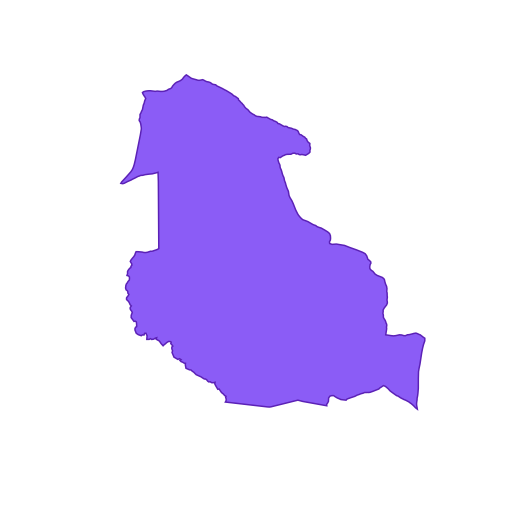 outline of Teso South, Western, Kenya, rotated 253°
{"feature_id": "3690345B15305563297607", "entity_name": "Teso South", "entity_type": "district", "adm_level": 2, "iso_a3": "KEN", "parent_name": "Kenya", "parent_adm1": "Western", "projection": "albers", "projection_center": [34.227, 0.538], "detail": "fine", "context": "isolated", "style": "filled", "palette": "violet", "viewbox_px": 512, "rotation_deg": 253, "n_neighbors": 0, "source": "geoboundaries", "source_scale": "gbopen_adm2", "svg_char_len": 6115}
<svg xmlns="http://www.w3.org/2000/svg" viewBox="0 0 512 512"><g transform="rotate(253 256 256)"><path d="M232.4,354.0L237.0,347.8L240.2,343.8L243.9,336.4L244.9,332.1L246.4,330.1L248.1,330.4L249.5,331.8L251.2,332.5L253.7,333.1L256.0,332.9L258.1,331.6L260.6,329.4L263.6,326.6L264.8,324.8L266.2,323.0L267.7,322.0L268.6,320.7L269.5,319.6L273.7,315.7L275.2,313.8L276.3,312.3L277.1,311.3L278.7,310.3L280.3,309.5L282.5,308.6L283.9,308.2L288.6,307.4L295.1,306.9L298.2,306.5L302.2,305.5L304.3,305.3L308.4,305.9L310.8,305.6L312.8,305.4L315.4,305.4L317.2,305.5L319.9,305.3L321.5,305.5L323.0,305.6L324.9,305.3L326.5,305.2L329.2,305.3L331.0,305.3L333.0,305.0L334.3,305.1L335.5,305.4L336.8,305.4L338.3,305.1L339.6,305.1L341.1,305.1L342.6,305.3L343.7,306.6L343.0,307.9L343.9,310.8L344.0,312.3L344.3,314.0L344.1,315.6L343.1,319.2L343.5,321.2L343.0,323.2L341.8,324.3L341.5,326.0L340.3,327.0L339.8,328.2L339.7,329.5L338.8,331.2L337.8,332.9L338.7,336.4L339.6,338.0L341.4,338.5L342.5,339.3L343.7,339.7L345.7,339.6L347.9,340.4L349.5,339.2L351.4,338.6L353.1,338.6L354.1,337.8L355.5,337.3L356.4,336.3L358.8,334.5L359.4,333.3L360.8,332.9L362.5,332.8L363.7,332.4L365.6,330.4L366.4,328.8L367.7,327.4L368.5,326.0L369.4,324.3L370.7,323.5L371.4,322.3L371.6,320.9L372.6,319.8L374.0,318.5L375.5,317.1L376.3,315.7L377.6,315.3L379.0,314.0L380.1,312.5L381.5,311.4L382.3,310.0L384.5,307.9L385.6,306.9L385.8,305.5L386.4,303.8L386.9,302.2L387.9,300.9L388.6,299.3L389.2,297.8L390.3,296.4L391.6,295.5L392.6,294.4L393.8,293.4L395.4,292.2L398.3,291.0L400.1,289.6L402.0,288.7L403.8,288.3L404.8,287.7L406.0,287.3L407.0,286.6L408.7,285.9L410.5,284.9L411.7,285.1L412.8,284.2L414.5,283.0L415.9,281.4L417.5,280.6L419.1,279.3L422.9,275.9L424.2,274.5L426.0,272.8L428.5,270.1L429.9,268.5L431.5,267.5L433.0,264.6L434.2,263.8L435.3,262.9L436.3,261.5L437.0,260.1L437.9,258.9L439.1,257.8L440.2,256.6L440.5,253.4L441.0,251.9L442.0,250.5L443.7,247.8L444.7,246.3L445.6,245.5L448.2,243.5L449.6,242.3L448.8,240.4L447.9,238.9L446.7,237.4L445.9,235.3L445.6,233.7L445.4,231.1L444.9,229.4L444.0,227.7L442.8,225.8L441.6,224.6L441.1,223.3L441.0,221.0L440.4,219.3L440.4,216.4L440.7,214.9L441.2,213.1L442.6,209.8L442.9,207.8L445.0,203.1L445.5,201.2L445.9,199.0L446.0,196.6L445.5,195.2L444.0,195.3L442.0,195.8L440.0,196.4L438.9,196.6L436.9,194.9L434.8,193.7L433.3,192.4L429.2,190.2L427.8,188.8L426.4,187.7L425.3,186.5L422.2,185.5L421.0,184.4L419.6,183.9L418.0,184.4L416.1,184.4L412.6,183.9L411.0,183.5L405.4,180.7L383.0,168.6L379.1,166.3L376.8,164.7L374.9,163.1L373.3,161.2L369.6,155.2L366.1,149.2L365.0,148.0L364.1,149.7L364.1,151.4L364.8,155.2L365.2,158.9L365.5,160.1L366.0,163.3L366.6,166.3L366.6,167.9L366.8,169.3L366.3,171.2L366.2,173.8L365.6,177.5L364.9,180.8L364.7,184.7L364.7,186.8L355.8,184.4L291.5,165.2L291.1,163.4L291.0,161.5L291.0,160.2L290.9,158.9L291.0,157.7L291.4,156.5L291.3,153.4L291.6,151.3L292.2,149.7L293.0,148.4L294.6,144.5L295.2,142.6L294.0,141.5L292.4,140.4L291.1,138.9L290.3,137.6L288.8,135.4L287.6,134.2L286.2,134.5L285.0,134.9L283.5,134.6L282.7,133.4L281.5,132.9L281.2,131.6L279.6,129.4L278.5,128.5L276.8,128.1L275.1,126.9L274.2,128.3L272.9,128.8L271.4,128.4L270.0,127.8L269.1,126.2L268.0,125.1L267.2,123.9L266.0,123.0L263.5,121.9L261.6,121.9L260.6,122.7L259.4,123.0L258.0,122.6L256.5,123.2L255.5,122.3L254.0,120.1L252.6,119.5L251.5,119.8L249.9,120.8L248.1,121.2L246.2,121.4L244.7,122.2L243.6,120.7L242.3,120.2L241.0,120.4L239.6,121.0L238.0,121.1L236.8,120.1L235.7,119.3L233.6,118.6L229.1,120.2L229.0,121.4L228.0,122.3L226.3,122.0L224.6,121.6L223.3,121.2L223.1,120.0L221.9,119.0L220.5,118.6L217.1,118.9L215.2,120.4L213.3,123.0L213.8,124.3L213.2,125.8L214.6,126.8L214.3,128.2L211.5,128.5L209.8,127.8L208.2,127.2L207.5,129.4L207.8,131.0L206.7,131.8L206.4,133.9L206.9,135.6L206.9,137.1L205.6,136.2L203.0,138.7L199.8,139.7L197.3,140.9L198.1,142.4L198.6,143.9L199.2,145.0L199.6,146.2L199.8,147.6L199.3,148.9L198.4,149.7L197.1,148.9L195.6,149.6L194.2,150.1L193.5,148.9L191.9,148.4L189.7,148.5L188.3,147.5L183.2,148.0L182.1,149.1L180.0,151.0L180.2,152.8L178.8,154.0L178.4,152.7L176.9,153.5L175.7,155.0L174.5,156.0L174.0,157.2L172.7,156.6L169.1,156.2L166.6,159.1L166.1,160.4L164.4,161.4L163.1,162.5L161.7,163.2L160.0,164.1L156.4,168.2L155.1,169.2L153.5,170.6L153.1,171.8L151.9,172.7L150.5,173.2L149.4,174.0L149.1,175.5L147.9,176.4L147.3,178.0L147.2,179.9L145.8,179.2L143.9,179.5L139.7,180.5L139.6,181.8L135.5,183.1L133.3,184.6L131.7,185.2L130.6,186.3L129.6,185.6L128.0,185.7L126.4,185.1L125.3,184.0L108.4,222.7L107.7,224.5L107.4,226.0L105.9,253.9L103.3,258.1L92.1,279.9L93.5,280.2L94.3,281.3L95.7,282.7L99.1,284.0L100.4,285.8L100.3,287.7L99.8,289.4L98.5,290.4L96.5,292.2L95.6,293.3L93.9,295.2L91.8,300.0L92.6,301.3L92.7,303.1L92.8,305.2L92.9,309.5L93.4,312.1L93.4,314.0L93.6,315.8L93.5,318.2L93.7,320.1L93.3,321.2L93.0,322.4L92.6,323.6L92.3,325.1L92.4,328.0L92.7,331.8L92.8,332.9L92.9,334.6L93.6,335.8L93.9,337.0L94.8,340.0L93.5,341.6L90.6,343.5L87.8,344.8L85.7,346.3L81.4,349.6L80.5,350.9L78.0,352.9L75.4,355.6L74.4,356.9L71.8,359.5L70.5,360.4L69.4,361.3L67.0,362.8L64.2,364.2L62.4,365.5L66.4,366.0L68.2,366.5L69.8,367.2L71.2,367.9L72.9,368.5L75.1,369.7L77.6,370.8L81.9,372.5L91.3,375.4L97.9,377.6L100.5,378.9L104.7,381.2L114.9,386.1L119.2,388.4L122.2,390.2L125.5,392.6L128.0,393.4L129.2,392.4L130.9,391.2L132.6,390.0L133.4,388.9L134.4,387.9L135.5,386.4L135.8,384.3L135.8,383.1L136.0,379.5L136.4,377.8L136.1,375.6L136.6,374.1L137.9,372.2L138.7,370.1L139.0,366.3L139.4,364.1L140.4,361.8L142.7,357.0L147.0,359.1L148.3,359.7L149.9,360.0L151.2,360.7L152.6,361.0L153.9,360.8L155.9,360.8L157.5,360.5L158.8,360.1L160.2,359.9L162.2,360.5L164.1,360.6L165.5,361.3L167.2,361.8L168.6,363.2L169.9,365.0L171.0,366.6L172.7,367.9L174.0,368.2L175.6,368.4L178.3,369.6L179.6,369.8L182.4,370.6L183.7,370.6L186.5,371.7L188.8,372.0L191.1,371.7L193.7,371.7L195.8,371.9L197.0,371.6L198.6,370.5L202.0,366.2L203.9,364.6L205.9,363.8L207.3,363.2L208.3,362.3L209.5,361.6L210.7,361.2L212.4,361.6L214.4,362.6L215.6,363.8L217.0,364.0L218.8,363.0L220.2,362.0L221.6,362.0L223.8,361.9L226.2,361.1L227.2,360.2L228.4,359.0L232.4,354.0Z" fill="#8b5cf6" stroke="#5b21b6" stroke-width="1.5"/></g></svg>